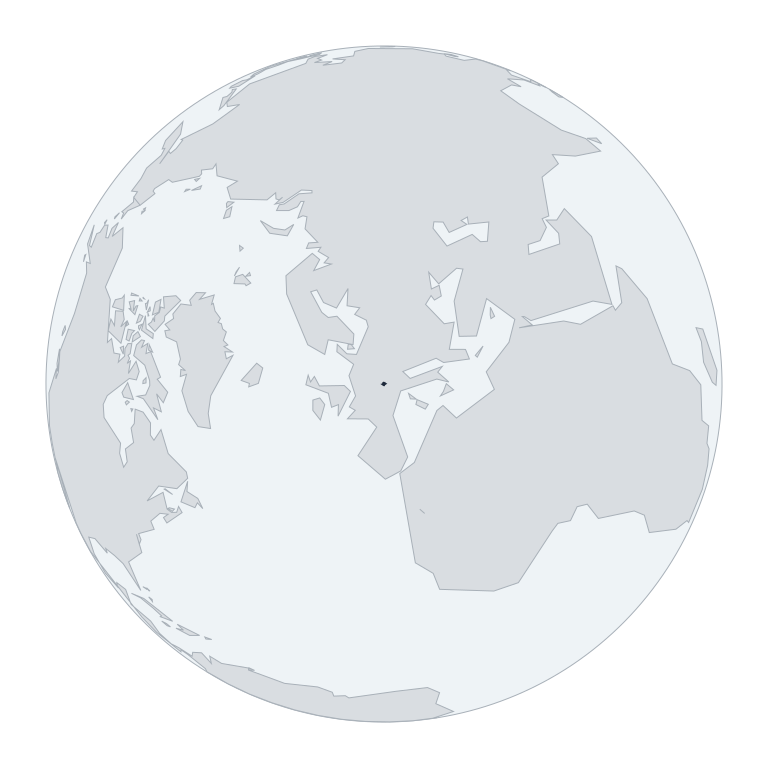 globe centered on Aargau, rotated 303°
{"feature_id": "CHE-162", "entity_name": "Aargau", "entity_type": "Canton", "adm_level": 1, "iso_a3": "CHE", "parent_name": "Switzerland", "parent_adm1": "", "projection": "orthographic", "projection_center": [8.112, 47.382], "detail": "fine", "context": "on_globe", "style": "filled", "palette": "slate", "viewbox_px": 768, "rotation_deg": 303, "n_neighbors": 0, "source": "natural_earth", "source_scale": "10m", "svg_char_len": 11174}
<svg xmlns="http://www.w3.org/2000/svg" viewBox="0 0 768 768"><g transform="rotate(303 384 384)"><circle cx="384" cy="384" r="338" fill="#eef3f6" stroke="#a8b0b8"/><path d="M93.7,211.1L99.7,201.7L142.8,148.7L108.6,188.2L113.2,181.8L120.9,171.9L133.6,157.1L133.1,158.0L153.1,138.5L167.0,126.0L194.1,107.8L218.7,100.8L209.6,106.0L216.6,104.4L228.4,98.1L234.5,94.5L274.6,86.0L315.1,74.2L324.3,67.9L325.1,72.0L340.0,59.1L359.7,54.3L339.7,61.6L339.3,64.0L353.7,61.2L356.5,63.2L365.0,63.2L367.0,66.0L355.2,70.9L356.3,73.1L366.4,71.1L374.8,73.3L359.7,75.7L372.9,80.0L355.5,90.5L313.6,97.5L305.9,108.3L268.2,129.4L273.7,130.8L262.9,140.7L265.2,146.3L257.6,149.3L266.1,151.3L272.6,147.5L278.5,147.3L280.5,150.5L271.1,154.6L268.7,153.7L267.0,156.6L261.4,157.4L265.3,158.8L253.6,163.9L268.0,163.7L261.1,171.9L252.6,174.1L249.9,167.4L223.5,158.2L214.0,159.6L203.4,167.5L190.9,195.3L181.9,200.0L172.4,211.0L178.9,211.0L188.7,202.5L198.5,205.9L209.3,195.9L214.8,196.1L227.4,189.0L229.2,197.3L224.2,209.4L213.9,215.9L211.5,221.7L224.3,221.8L208.1,240.9L202.6,266.1L198.0,270.7L183.4,267.3L175.7,250.6L156.9,249.0L172.8,257.7L161.0,270.2L160.6,275.8L163.5,280.0L169.4,278.4L166.2,284.7L149.2,277.6L151.9,271.8L157.2,273.9L153.5,266.5L142.0,263.1L136.9,270.4L124.9,259.7L121.1,265.0L116.3,266.1L123.2,258.2L110.7,272.7L95.7,266.7L78.4,292.5L91.3,263.0L93.4,251.3L94.5,240.2L91.4,244.1L96.9,225.8L94.8,219.8L83.8,233.4L73.7,253.2L68.7,271.1L71.9,268.1L71.0,279.2L61.4,292.0L58.1,317.4L52.6,331.8L50.2,346.9L51.1,355.7L51.2,371.3L54.8,369.7L59.2,377.4L55.6,391.4L60.8,386.1L61.2,400.0L72.0,425.1L70.3,426.2L78.8,463.7L93.8,493.4L97.3,508.5L94.9,511.9L101.5,521.3L101.6,525.5L132.8,561.4L153.1,585.8L155.4,598.7L144.1,601.6L147.2,620.6L130.6,607.2L133.1,610.3L117.6,592.0L103.6,572.6L90.9,552.2L79.7,531.0L70.1,509.1L62.0,486.5L55.6,463.5L50.7,440.0L47.6,416.2L46.2,392.3L48.0,389.2L50.3,366.8L50.5,358.5L48.8,359.6L51.9,328.4L56.7,307.8L83.6,229.3L93.7,211.1ZM73.3,299.3L69.9,336.0L67.0,323.1L68.4,323.7L70.3,312.6L72.1,296.3L70.9,286.2L73.3,299.3ZM82.6,297.4L82.7,292.1L83.2,296.3L82.6,297.4ZM236.8,92.7L228.4,97.9L216.6,103.2L223.3,98.5L236.8,92.7ZM259.5,84.7L256.3,87.2L248.9,87.7L253.0,86.0L259.5,84.7ZM330.2,63.4L322.8,65.4L329.0,62.8L330.2,63.4ZM365.9,62.8L367.1,61.7L371.0,62.3L365.9,62.8ZM225.5,185.1L226.3,187.0L223.6,187.3L225.5,185.1ZM230.1,180.3L226.2,179.3L227.8,176.9L230.2,177.6L230.1,180.3ZM377.7,67.3L383.6,68.9L375.5,68.0L377.7,67.3ZM234.5,182.3L231.2,172.9L234.1,168.9L245.5,168.3L234.5,182.3ZM385.7,70.3L400.2,74.8L404.2,72.5L401.1,82.1L389.8,74.7L379.2,73.8L385.6,72.5L385.7,70.3ZM273.9,145.0L267.0,149.1L270.9,142.9L273.9,145.0ZM274.9,141.2L278.5,123.6L289.7,119.6L286.2,126.1L299.2,119.0L302.9,125.6L296.6,131.0L288.6,132.1L296.1,133.9L274.9,141.2ZM397.1,87.0L398.8,89.0L394.8,87.9L397.1,87.0ZM281.2,146.8L280.9,143.4L290.6,139.6L292.9,145.7L289.1,144.9L281.2,146.8ZM300.8,114.2L308.4,112.8L313.5,117.6L317.1,117.8L304.0,125.5L300.8,114.2ZM287.9,147.4L293.9,149.1L291.1,153.9L282.1,149.9L287.9,147.4ZM292.1,136.1L296.8,134.7L295.0,137.4L292.1,136.1ZM284.7,172.6L284.2,168.1L289.1,165.7L284.7,172.6ZM296.3,149.4L297.2,147.7L299.1,146.4L302.4,148.5L296.3,149.4ZM308.5,128.6L309.0,131.1L314.1,125.6L318.1,129.4L308.6,134.0L314.4,133.6L315.6,134.8L306.5,137.3L308.5,128.6ZM311.4,146.7L300.7,154.5L300.6,163.1L296.2,165.4L297.1,151.3L311.4,146.7ZM309.3,140.9L309.6,145.0L303.9,145.5L300.2,143.2L309.3,140.9ZM324.3,130.5L320.6,123.5L322.8,122.8L324.3,130.5ZM312.5,149.1L315.1,147.2L313.2,149.6L312.5,149.1ZM321.9,135.9L320.3,133.5L322.9,132.7L321.9,135.9ZM321.5,145.7L318.1,148.1L315.4,146.4L321.5,145.7ZM322.6,141.1L326.5,140.7L316.6,144.4L321.5,140.1L322.6,141.1ZM324.6,135.6L325.6,134.4L324.9,136.8L324.6,135.6ZM333.5,150.9L321.6,156.0L315.8,152.1L328.2,147.7L333.5,150.9ZM720.9,358.3L719.6,349.7L718.8,352.0L715.2,335.8L707.2,321.3L708.0,337.1L704.3,328.1L693.5,322.2L692.5,344.8L693.5,394.4L699.7,419.5L697.3,438.8L679.4,420.4L668.1,400.3L663.7,410.3L643.6,403.9L614.7,430.7L608.8,426.6L603.8,434.9L589.3,436.8L579.5,428.9L571.6,435.0L597.2,455.1L605.5,448.4L609.8,430.6L615.6,439.6L629.3,439.7L620.7,477.7L574.9,531.8L567.4,514.1L517.2,472.7L517.0,465.2L516.7,464.5L515.9,463.3L514.3,476.1L504.7,466.7L534.7,500.4L541.1,516.3L574.3,533.4L571.9,537.9L581.7,539.1L609.4,514.2L610.2,520.7L598.9,558.2L557.9,614.9L561.7,633.1L555.9,650.1L526.7,670.5L525.7,679.1L510.1,687.2L506.7,691.9L492.1,699.7L469.1,708.3L433.8,714.9L434.5,712.5L421.2,707.9L403.9,687.4L415.8,673.8L413.8,663.0L388.0,637.0L393.9,619.9L386.3,612.8L371.0,614.8L361.8,605.7L352.3,605.1L290.6,604.9L270.2,588.9L242.1,542.5L252.0,528.4L251.1,507.7L317.5,446.0L334.7,452.2L390.6,442.8L398.1,445.2L394.9,463.3L439.6,479.5L449.9,463.1L487.0,466.1L509.5,458.5L511.5,423.5L474.6,435.4L464.9,421.1L491.7,397.7L523.4,387.6L520.6,381.8L497.8,375.3L502.1,360.6L489.5,372.0L496.8,376.5L489.0,384.1L481.9,380.6L483.8,375.3L473.4,375.5L467.3,401.7L474.1,409.1L448.6,419.9L457.4,433.5L451.5,442.0L434.5,422.3L434.0,413.7L404.7,393.0L402.9,402.9L430.5,423.3L423.2,422.6L421.0,437.3L416.9,425.6L387.3,401.8L362.4,408.7L335.7,443.6L320.2,445.4L304.9,437.0L309.7,401.2L343.9,401.4L346.1,389.8L334.9,372.3L346.3,374.2L345.9,367.4L358.5,366.7L371.9,350.1L384.0,347.8L385.4,326.9L391.8,323.2L389.1,336.4L393.8,344.8L423.4,339.6L427.9,334.4L426.4,321.5L434.7,322.1L429.5,310.4L444.5,301.8L421.8,302.8L419.4,288.9L426.3,276.4L421.4,272.3L410.2,292.8L409.4,301.0L415.2,307.6L409.5,331.5L400.2,336.6L390.7,313.1L376.5,318.2L375.4,298.7L406.4,253.4L421.4,242.8L454.5,252.7L453.3,262.3L440.8,263.3L456.0,274.6L453.0,267.8L459.9,268.7L459.4,256.5L464.3,256.6L455.4,245.1L461.3,244.0L466.8,251.3L471.1,233.3L482.3,228.3L480.9,224.3L476.3,221.4L493.6,217.5L491.8,214.8L485.5,214.9L477.7,209.8L470.9,199.4L477.3,198.6L480.6,202.2L497.2,209.1L505.1,219.5L507.0,218.2L501.7,209.1L481.4,200.5L475.5,194.6L485.4,197.2L481.3,195.8L480.4,192.6L485.4,189.0L474.7,185.6L455.6,154.7L463.4,145.4L474.3,150.6L467.7,130.6L477.1,123.2L471.2,123.1L464.0,114.4L461.0,116.6L457.6,116.0L437.9,96.6L438.2,92.1L423.0,85.2L420.0,85.3L418.9,88.2L401.1,82.1L404.2,72.5L410.9,72.5L408.3,67.2L424.0,68.3L435.8,67.3L454.5,72.6L462.2,71.9L460.3,70.0L469.3,68.2L494.5,72.5L482.7,77.3L446.5,75.9L462.0,76.8L461.0,79.3L468.2,81.5L478.9,82.4L478.6,80.7L508.9,98.8L539.8,110.7L531.4,101.5L534.7,98.7L562.5,107.9L610.3,143.8L615.1,143.4L621.1,147.7L629.4,157.2L620.9,151.0L621.7,155.2L615.7,150.6L626.2,164.9L618.0,159.1L630.2,173.7L634.8,174.8L628.6,163.8L642.6,179.8L647.1,178.4L656.9,188.2L680.7,225.4L691.0,249.7L693.5,254.7L692.8,257.6L699.1,275.0L706.4,283.8L708.8,290.9L715.6,319.6L714.4,314.9L712.5,322.6L717.5,342.5L719.1,341.0L719.5,343.3L720.9,358.3ZM298.5,482.2L297.6,488.6L298.5,482.2ZM560.0,393.0L577.0,383.7L564.1,367.7L569.5,363.0L563.1,359.6L563.0,366.6L546.6,356.1L552.0,345.4L547.2,337.5L541.3,340.3L534.0,361.7L557.5,376.5L555.9,387.4L560.0,393.0ZM72.5,425.7L73.3,431.4L71.2,427.4L72.5,425.7ZM64.1,326.7L64.6,332.3L64.0,337.2L63.2,333.8L64.1,326.7ZM74.2,371.5L75.9,378.7L73.1,373.5L74.2,371.5ZM69.9,341.4L72.7,366.3L67.3,358.0L65.9,342.5L68.3,349.9L69.9,341.4ZM77.3,302.6L77.0,306.9L75.4,308.3L77.3,302.6ZM82.9,300.5L82.6,299.4L83.8,295.8L82.9,300.5ZM162.0,270.6L163.3,271.4L165.0,276.4L161.9,275.8L162.0,270.6ZM186.6,290.2L180.8,299.9L182.7,292.2L177.3,292.8L174.6,277.9L195.5,272.3L186.5,277.3L186.6,290.2ZM176.9,257.5L176.2,266.9L176.1,256.9L176.9,257.5ZM331.8,333.1L337.3,337.7L334.5,345.5L319.1,350.3L323.1,338.7L331.8,333.1ZM345.9,342.4L340.8,318.9L350.1,315.6L345.7,321.3L352.4,321.5L347.2,330.9L361.1,351.5L359.5,359.9L332.0,363.0L341.9,357.0L335.9,352.7L345.9,342.4ZM311.2,270.8L309.2,262.3L332.1,265.9L331.4,273.6L316.1,278.3L307.9,272.1L311.2,270.8ZM255.3,183.8L253.0,181.5L255.6,180.2L259.7,181.0L255.3,183.8ZM284.0,170.7L268.0,192.9L264.5,191.2L259.3,207.1L248.1,209.1L251.9,198.6L239.4,212.4L238.4,203.7L230.9,213.8L240.6,190.2L239.2,183.6L245.0,190.1L255.2,188.4L259.2,185.6L269.5,173.1L271.5,158.6L282.0,155.1L288.9,156.6L290.0,159.5L282.8,160.7L289.4,163.8L279.9,167.8L284.0,170.7ZM363.3,184.6L354.5,183.2L366.2,193.1L356.8,196.0L358.7,196.9L353.2,202.5L349.9,211.1L345.2,211.3L346.0,214.7L342.3,218.7L341.8,223.4L333.0,225.6L331.7,231.8L328.3,229.4L328.3,239.5L324.4,233.0L319.3,238.0L325.8,241.7L279.8,245.1L263.6,252.6L252.2,262.8L247.0,251.2L254.3,234.7L268.2,218.2L284.6,213.1L279.3,209.1L285.6,205.7L287.1,210.2L288.4,201.2L294.0,199.7L306.4,187.1L304.8,175.8L309.3,171.2L312.7,174.9L314.8,167.9L324.3,171.9L327.7,168.8L340.5,170.1L345.0,179.5L348.5,175.4L358.4,176.7L363.3,184.6ZM337.0,151.6L344.7,161.4L343.3,168.0L321.6,163.2L317.2,165.4L303.3,163.2L305.7,153.8L309.4,155.2L313.6,154.5L311.2,157.7L316.3,154.6L321.6,156.6L327.0,154.8L328.0,158.4L337.0,151.6ZM404.7,437.8L410.1,437.9L418.2,436.1L417.0,445.6L404.7,437.8ZM384.2,421.9L388.9,420.3L391.1,432.2L385.4,432.3L384.2,421.9ZM389.5,409.7L388.9,419.3L385.9,414.2L389.5,409.7ZM393.3,334.5L398.0,332.3L399.2,335.2L397.5,340.0L393.3,334.5ZM396.1,217.3L391.3,214.8L392.2,212.9L386.5,203.5L393.0,201.1L399.0,205.8L396.1,217.3ZM506.3,431.4L501.0,439.9L497.1,438.1L499.7,435.5L506.3,431.4ZM457.7,445.0L469.8,446.4L457.3,447.6L457.7,445.0ZM402.2,213.0L399.1,209.4L404.3,210.5L402.2,213.0ZM397.5,198.9L403.3,199.2L393.1,199.7L397.5,198.9ZM603.7,621.4L576.8,655.8L563.7,663.2L564.3,658.4L576.3,640.2L592.4,627.1L601.2,615.0L603.7,621.4ZM721.9,378.1L720.0,374.3L720.5,365.8L721.2,362.0L721.9,378.1ZM700.7,420.5L706.0,428.2L704.1,435.7L700.7,420.5ZM696.9,260.8L699.0,268.2L697.4,265.3L693.6,254.2L696.9,260.8ZM664.4,197.0L670.6,205.6L673.2,209.6L671.2,207.2L664.4,197.0ZM453.7,191.3L454.4,206.6L459.2,217.0L468.7,221.4L455.6,222.2L448.2,206.1L453.7,191.3ZM454.7,159.1L446.3,156.0L449.6,153.5L452.0,153.8L454.7,159.1ZM449.9,159.9L440.3,163.5L435.4,159.3L443.9,157.2L449.9,159.9ZM421.5,187.4L421.3,192.0L417.0,190.9L421.5,187.4ZM617.2,140.6L613.8,138.2L608.7,133.1L612.5,136.1L617.2,140.6ZM588.9,115.9L606.2,131.0L619.6,144.4L618.9,142.8L628.0,151.3L625.3,150.4L610.9,136.6L602.0,127.7L594.0,121.9L583.4,113.5L575.5,109.4L568.7,104.9L573.1,106.1L588.9,115.9ZM572.3,108.1L554.6,100.0L548.1,93.5L550.5,93.8L561.4,100.1L564.2,103.1L572.3,108.1ZM548.4,96.4L551.0,99.4L530.3,98.1L524.3,96.4L536.6,92.9L539.6,95.7L545.9,97.5L548.4,96.4ZM401.9,88.1L399.1,88.9L399.7,87.0L401.9,88.1ZM456.1,117.4L451.6,116.2L452.4,113.7L456.1,117.4ZM439.6,112.0L441.9,115.5L436.8,112.0L439.6,112.0ZM447.4,123.7L441.5,117.1L450.9,123.0L447.4,123.7Z" fill="#d9dde1" stroke="#a8b0b8" stroke-width="1"/><path d="M384.6,382.6L384.8,382.8L385.0,382.8L385.1,383.0L385.0,383.3L385.0,383.5L385.2,383.8L385.0,384.0L385.2,384.3L385.3,384.3L385.2,384.5L385.2,384.8L385.1,385.0L385.2,385.4L384.9,385.3L384.9,385.2L384.8,384.8L384.7,384.8L384.7,384.7L384.4,384.7L384.4,384.9L384.2,384.9L383.9,384.7L383.6,384.8L383.5,384.6L383.4,384.6L383.4,384.8L383.2,384.8L382.9,384.9L382.8,384.7L383.0,384.4L383.5,384.3L383.6,384.2L383.7,383.9L383.5,383.7L383.4,383.6L383.3,383.4L383.2,383.4L383.0,383.1L382.9,383.0L382.7,383.2L382.7,382.9L382.8,382.9L382.8,382.7L382.9,382.8L383.2,382.8L383.7,382.9L383.9,382.9L384.0,382.9L384.1,382.7L384.3,382.6L384.5,382.6L384.6,382.6Z" fill="#64748b" stroke="#1e293b" stroke-width="1.5"/></g></svg>